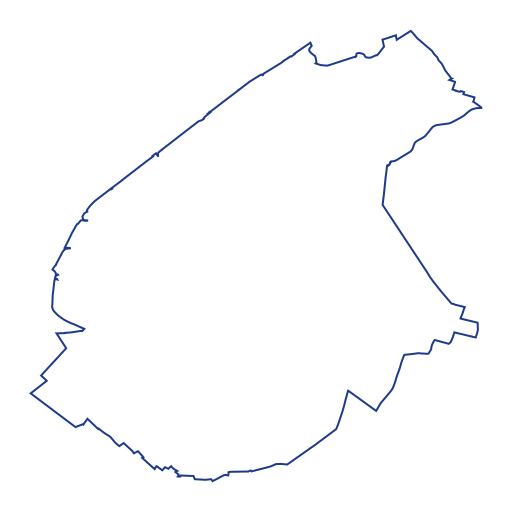 the district of Oisterwijk, Noord-Brabant, Netherlands
{"feature_id": "6326949B32251552675078", "entity_name": "Oisterwijk", "entity_type": "district", "adm_level": 2, "iso_a3": "NLD", "parent_name": "Netherlands", "parent_adm1": "Noord-Brabant", "projection": "equal_earth", "projection_center": [5.215, 51.566], "detail": "fine", "context": "isolated", "style": "outline", "palette": "blue", "viewbox_px": 512, "rotation_deg": 0, "n_neighbors": 0, "source": "geoboundaries", "source_scale": "gbopen_adm2", "svg_char_len": 5738}
<svg xmlns="http://www.w3.org/2000/svg" viewBox="0 0 512 512"><path d="M451.2,78.3L451.0,78.2L450.6,77.4L449.4,75.8L447.1,72.9L445.5,70.8L441.9,64.0L441.4,63.3L438.6,60.3L437.2,57.2L434.4,54.4L432.0,50.9L417.9,38.8L416.6,37.5L413.7,34.0L410.8,30.9L396.7,39.8L395.9,35.3L384.3,39.1L382.5,39.6L384.0,46.6L378.5,53.7L377.5,54.7L377.1,55.3L376.2,55.2L371.0,57.5L369.8,57.7L367.6,57.6L366.5,57.4L366.1,57.3L365.6,56.9L365.2,56.5L364.1,54.7L363.8,54.4L363.2,54.1L362.4,53.7L360.3,53.2L359.6,53.0L358.5,53.0L357.5,53.3L356.5,53.7L356.3,55.6L356.2,55.5L356.0,56.0L355.8,56.4L355.3,57.0L355.1,57.1L354.5,56.9L328.0,65.5L324.8,65.5L322.1,65.2L321.1,65.2L315.6,63.4L316.4,62.6L316.3,61.7L316.2,60.2L315.2,56.2L314.7,56.0L314.1,55.4L310.8,52.8L309.8,51.5L309.3,50.7L309.2,49.9L309.2,49.1L309.9,48.1L311.7,45.7L311.1,44.7L310.4,42.7L294.5,53.6L294.9,53.9L294.7,54.1L291.1,56.6L290.8,56.3L290.6,56.3L290.2,56.5L288.1,57.9L288.2,58.0L283.2,61.1L283.3,61.2L282.7,61.6L281.8,62.4L281.3,62.8L263.7,73.6L263.4,73.8L263.1,74.3L262.9,74.7L262.9,74.8L263.0,75.0L262.6,75.3L261.7,74.7L261.2,74.5L252.1,80.1L250.2,81.3L249.6,81.6L248.0,82.9L241.6,87.8L239.0,89.7L238.9,89.7L238.6,89.9L238.8,90.0L228.0,98.2L226.0,99.7L210.5,111.6L210.4,111.6L209.7,112.0L209.6,111.9L209.0,112.4L209.0,112.6L208.9,112.6L208.5,113.0L209.5,113.0L205.1,116.6L204.4,117.3L202.7,119.6L202.8,119.6L202.3,120.0L198.6,121.3L180.5,135.2L166.5,146.1L166.4,146.1L162.5,149.2L162.2,149.5L162.1,149.4L158.5,152.5L157.9,153.6L158.1,155.9L157.9,156.0L156.0,153.3L152.5,156.0L153.0,156.5L146.9,161.0L122.0,180.2L122.1,180.3L120.9,181.2L110.4,189.0L111.5,189.2L111.2,189.4L110.1,189.3L97.0,199.3L94.1,201.7L93.2,202.6L91.2,204.7L90.7,205.2L88.8,207.5L87.2,209.7L87.0,210.2L86.8,210.5L87.3,211.6L84.3,213.3L82.4,216.5L83.3,219.9L84.0,220.1L87.2,220.4L87.2,220.7L85.0,220.8L82.5,220.2L81.4,220.3L80.6,220.6L78.0,223.8L77.3,223.9L75.6,226.4L74.0,229.5L72.0,232.9L69.1,239.0L64.7,247.7L69.8,247.9L69.9,248.4L68.0,248.5L65.1,249.0L64.7,249.6L63.6,250.5L62.7,251.7L56.1,264.2L56.1,264.6L55.9,264.7L55.9,265.1L55.7,265.3L55.5,265.5L54.9,265.9L53.0,268.7L52.5,269.7L54.3,270.9L55.0,271.8L55.6,272.7L55.8,273.6L55.9,274.6L56.9,274.4L57.9,274.5L58.1,274.8L57.4,275.0L55.5,276.2L55.0,278.0L56.1,278.7L57.0,278.9L57.3,279.5L56.3,279.2L54.7,279.6L54.4,280.6L53.6,287.7L52.7,295.5L52.4,303.9L52.1,306.9L52.4,307.8L52.5,308.5L53.1,309.9L53.8,311.0L55.0,312.4L57.8,315.2L59.5,316.5L61.1,317.7L64.0,319.7L65.6,320.6L67.4,321.5L70.8,323.1L74.0,324.3L84.3,328.9L82.2,331.1L81.6,330.8L79.7,331.1L76.3,331.6L72.1,332.3L68.9,332.6L65.3,332.8L65.3,333.1L56.5,333.4L66.2,348.2L64.3,350.3L41.1,375.5L46.7,380.8L30.7,393.4L75.5,427.1L83.1,424.1L83.4,424.5L87.4,418.8L94.5,425.5L98.1,428.9L98.4,428.5L98.4,428.4L98.5,428.4L98.6,428.6L104.3,433.0L109.2,436.1L110.3,436.9L110.8,437.4L112.6,439.5L114.9,442.3L118.6,445.7L118.8,445.8L118.9,445.7L119.4,446.1L122.0,444.2L122.6,443.8L123.1,443.6L123.8,443.1L124.1,443.5L132.2,450.9L132.8,451.6L133.4,452.5L134.0,453.3L137.9,451.2L138.0,451.2L143.4,457.2L142.2,457.9L154.5,469.0L154.6,468.8L155.1,468.6L155.1,468.4L155.1,468.0L155.2,467.8L155.4,467.5L155.9,467.2L156.0,467.1L156.2,466.5L156.3,466.2L156.5,466.1L162.3,470.3L165.0,467.2L168.4,468.8L170.3,466.9L171.1,466.2L173.5,468.8L177.2,470.9L176.7,471.1L175.4,472.0L178.5,474.5L178.3,475.0L178.9,475.8L178.7,476.1L178.3,476.2L178.0,476.5L179.2,476.7L180.5,476.3L180.7,475.5L193.5,476.0L194.8,479.2L205.4,479.8L211.1,479.2L212.6,481.1L219.7,477.5L219.9,477.2L220.2,477.1L222.3,476.0L224.2,475.1L225.1,474.9L225.8,474.9L228.1,475.5L228.4,474.8L228.5,473.5L228.5,472.2L230.4,471.8L248.3,471.5L250.8,470.5L251.7,471.4L254.5,470.6L266.0,467.7L270.4,466.5L274.2,464.9L275.9,464.1L280.8,463.9L287.2,464.5L315.9,444.3L336.1,429.2L337.8,425.2L338.4,423.6L342.6,411.0L344.3,405.0L345.4,400.4L348.1,390.7L348.5,390.9L376.0,410.8L376.3,410.3L376.5,410.4L379.7,404.8L380.4,403.6L381.3,402.4L390.7,391.3L391.8,389.8L392.7,388.2L393.4,386.6L395.1,382.1L396.4,377.6L397.4,374.6L399.1,370.2L400.1,367.1L401.2,363.1L402.3,359.9L404.2,355.0L404.3,354.9L404.5,354.8L409.6,354.3L411.4,354.1L418.3,353.2L420.0,353.3L420.3,353.4L427.7,353.8L428.2,353.7L428.5,353.5L428.8,353.2L429.2,352.4L431.1,349.5L431.2,348.7L431.3,347.7L431.5,346.8L432.0,344.9L432.6,343.6L433.7,341.4L434.7,340.0L448.7,343.8L450.4,342.5L450.5,342.4L451.7,340.0L452.8,337.3L454.4,332.4L475.7,337.5L477.3,332.5L477.5,331.7L477.8,330.2L477.9,328.7L477.8,327.9L477.6,322.7L460.7,318.6L460.8,318.3L460.6,318.2L462.7,312.9L464.2,308.4L464.8,307.1L455.1,304.7L454.8,304.6L453.7,304.0L451.5,303.6L441.2,291.5L433.7,282.1L430.2,277.3L426.8,271.8L382.6,204.9L384.0,193.5L385.8,175.6L386.0,175.1L387.0,166.7L387.0,165.6L387.6,165.2L387.8,165.2L388.0,165.7L388.1,165.8L388.3,165.7L388.8,165.4L388.8,165.2L388.8,164.9L388.8,164.7L389.0,164.6L389.6,164.5L389.7,164.3L389.9,163.8L390.1,163.5L390.0,162.9L390.1,162.3L390.4,162.1L390.8,162.2L391.1,162.0L391.2,161.9L391.3,161.3L392.5,161.3L394.0,161.1L394.8,160.9L396.4,160.2L404.5,155.2L407.2,153.6L410.5,151.5L410.9,151.1L411.6,150.3L412.3,149.4L412.7,148.4L413.9,144.9L414.3,144.0L414.7,143.0L415.5,142.1L416.9,141.0L423.5,137.3L425.2,136.0L426.6,134.4L429.3,131.1L431.4,128.4L432.7,127.0L433.8,126.3L434.8,125.8L435.6,125.4L437.3,125.0L442.5,124.3L447.7,123.6L449.4,123.3L450.7,122.8L451.7,122.4L459.8,118.1L463.2,116.1L464.2,115.4L468.5,111.7L469.7,110.8L470.4,110.3L471.9,109.5L473.1,109.0L474.9,108.5L475.8,108.3L477.1,108.1L481.3,108.0L481.3,107.4L473.7,101.9L473.2,101.7L473.5,101.3L473.7,100.5L474.5,97.4L463.4,94.2L464.1,92.1L460.8,91.1L460.7,91.3L460.2,91.7L459.3,91.7L455.8,90.8L455.9,90.6L452.5,89.5L455.1,82.0L455.0,81.8L449.5,80.0L451.1,79.1L451.0,78.9L451.8,78.5L451.2,78.3Z" fill="none" stroke="#1e3a8a" stroke-width="2"/></svg>